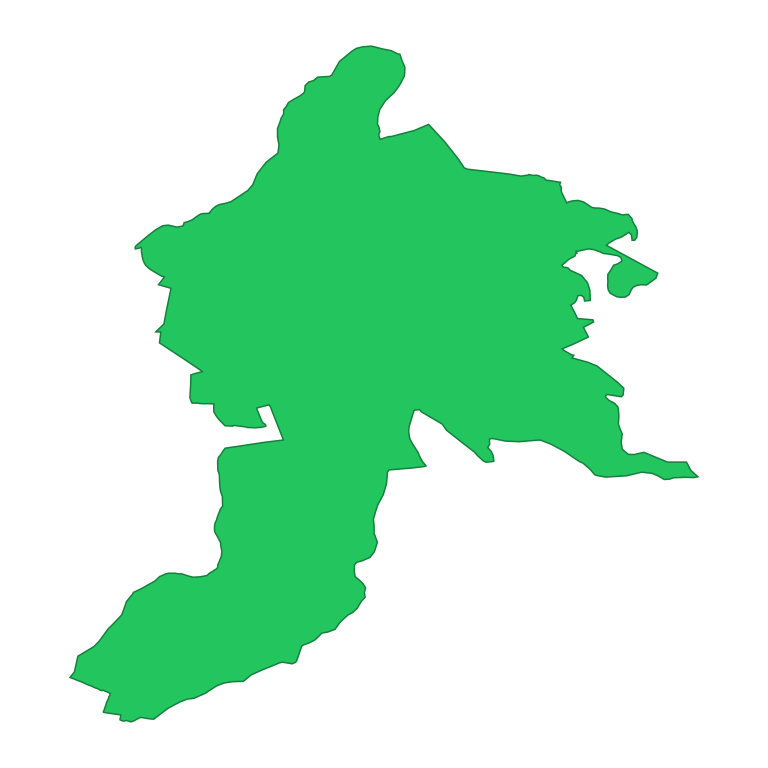 the district of Lipova, Arad, Romania
{"feature_id": "2599482B25282375738521", "entity_name": "Lipova", "entity_type": "district", "adm_level": 2, "iso_a3": "ROU", "parent_name": "Romania", "parent_adm1": "Arad", "projection": "natural_earth1", "projection_center": [21.695, 46.061], "detail": "fine", "context": "isolated", "style": "filled", "palette": "green", "viewbox_px": 768, "rotation_deg": 0, "n_neighbors": 0, "source": "geoboundaries", "source_scale": "gbopen_adm2", "svg_char_len": 6092}
<svg xmlns="http://www.w3.org/2000/svg" viewBox="0 0 768 768"><path d="M153.8,719.2L156.4,717.1L168.3,708.1L179.6,702.1L187.2,699.1L194.0,698.3L205.2,693.3L216.9,685.7L224.2,683.0L232.3,681.7L243.5,681.3L251.3,674.8L263.0,669.6L279.7,662.8L282.5,662.2L292.1,663.8L295.5,662.4L296.7,660.8L301.8,646.0L303.5,644.9L308.7,643.1L314.8,640.1L320.3,634.8L321.8,633.1L327.9,632.0L335.1,629.3L339.5,623.0L342.6,619.9L347.8,615.1L352.6,612.5L357.1,608.5L361.2,601.5L365.1,597.4L364.4,592.5L365.6,587.8L363.1,583.8L360.1,580.8L355.1,576.5L354.3,571.5L354.5,564.9L356.7,562.3L362.8,560.6L370.1,557.3L374.4,551.7L377.4,542.3L374.1,533.2L374.1,526.1L373.4,519.4L375.7,511.2L377.7,505.1L383.2,494.9L386.5,483.9L387.5,472.0L389.2,469.9L412.2,468.0L424.4,466.5L426.0,465.8L422.6,461.7L419.3,455.7L417.9,452.2L412.1,443.1L410.2,439.3L409.5,437.3L408.7,431.3L409.1,426.6L414.1,410.2L419.6,409.6L421.6,412.0L442.1,424.0L446.7,430.4L462.9,443.2L474.8,452.4L477.9,456.0L483.3,460.9L486.1,462.2L493.2,461.5L493.9,461.1L493.1,455.4L491.4,451.7L487.7,447.4L489.7,444.3L489.4,439.2L491.3,438.6L493.6,438.7L505.6,441.1L519.2,441.7L538.2,440.1L540.4,440.1L550.6,444.0L564.3,451.3L574.4,458.2L579.5,461.6L582.9,463.1L590.3,469.5L594.8,474.8L597.7,475.7L605.7,477.1L626.5,475.8L641.6,472.2L651.8,473.3L657.4,475.5L664.2,479.5L669.8,479.1L673.4,477.8L685.7,477.3L693.4,477.6L698.0,476.8L690.9,470.4L686.5,462.1L667.5,462.1L643.8,452.3L634.5,454.5L628.3,454.4L622.3,449.3L621.1,442.0L621.8,437.6L622.2,433.9L619.8,428.2L618.4,424.1L618.9,415.8L618.5,411.0L617.9,406.9L614.7,403.4L608.7,400.2L605.8,397.3L605.6,395.6L607.3,394.5L621.4,396.8L623.2,394.9L623.8,388.2L617.4,382.2L597.2,366.1L587.6,362.2L571.9,357.9L573.8,355.3L571.4,354.7L564.8,351.0L562.2,348.8L573.2,344.2L588.4,337.0L583.4,327.3L593.6,322.0L592.9,319.8L577.5,318.6L575.0,313.1L570.8,305.2L574.8,302.6L576.5,300.0L577.8,295.8L581.2,295.3L583.8,297.2L584.3,299.6L584.6,301.0L590.3,300.5L589.9,290.5L588.9,287.0L587.5,282.8L581.6,275.5L569.9,270.1L568.4,268.2L566.2,267.4L564.3,267.4L562.6,266.5L562.0,265.1L564.6,263.1L568.1,259.9L569.9,258.7L574.9,256.1L576.1,252.9L576.9,253.1L576.8,252.8L576.1,252.5L576.1,251.3L578.0,251.2L586.8,249.2L589.9,249.0L593.9,249.7L600.6,252.1L603.6,253.5L607.9,254.0L617.4,255.6L620.7,257.3L621.9,260.4L621.3,261.5L617.6,263.9L613.6,265.2L610.9,269.9L607.9,274.3L607.7,277.8L607.9,281.3L607.7,284.5L607.7,286.2L608.2,289.8L610.1,293.1L613.6,295.1L616.8,296.8L620.7,297.3L625.5,297.0L629.2,294.5L631.3,289.8L633.0,287.3L636.7,285.5L640.8,284.7L646.5,285.0L655.9,278.2L657.8,273.2L606.4,245.3L609.2,242.9L615.6,239.1L621.4,237.1L628.9,232.4L631.4,234.9L632.1,240.3L634.8,240.2L636.8,237.2L637.3,232.7L637.1,230.2L635.6,226.3L634.0,224.0L632.4,220.8L631.9,218.4L629.5,215.9L628.4,214.5L626.2,214.4L622.4,215.0L618.5,213.6L611.6,212.0L609.6,211.3L606.5,209.8L604.7,209.1L602.3,208.6L599.1,208.1L594.9,208.0L592.7,207.6L591.1,207.0L584.5,202.5L583.1,201.8L578.0,200.4L572.2,200.9L568.9,201.8L566.7,202.9L562.0,193.1L561.2,191.0L561.3,187.6L561.1,186.8L560.0,185.4L559.7,184.7L560.5,182.3L549.2,180.5L546.3,180.2L543.9,177.9L540.6,176.8L539.0,175.8L536.6,175.2L532.6,175.4L528.9,174.5L527.9,175.1L520.9,176.1L510.0,174.2L467.0,169.1L464.2,167.8L458.2,158.8L444.2,141.2L428.6,124.4L414.2,130.5L390.9,136.6L388.9,136.5L380.1,139.4L378.9,135.7L379.0,133.3L379.9,132.0L379.1,127.6L378.1,125.3L377.5,124.5L377.8,117.3L379.8,109.4L385.5,100.6L394.1,92.7L399.8,84.9L404.3,76.1L404.7,73.2L404.9,67.2L402.3,61.4L399.8,54.1L397.7,53.9L391.4,50.7L382.3,48.9L371.5,46.1L362.8,46.8L356.3,48.4L352.0,51.1L339.5,61.4L332.0,74.6L329.7,76.4L317.7,77.1L313.5,80.6L308.7,82.0L305.1,85.6L304.7,91.2L303.8,92.9L300.6,95.5L294.3,99.0L288.4,102.6L286.1,106.8L283.6,109.6L283.6,114.1L281.1,118.3L279.9,122.2L277.5,128.7L277.5,136.8L279.0,145.2L277.9,153.1L266.2,162.2L257.3,173.6L252.8,184.6L247.8,190.5L230.8,201.8L225.6,203.3L220.1,204.4L217.9,205.2L215.8,206.3L212.0,209.5L210.0,212.3L209.6,212.3L209.5,213.3L203.9,213.5L201.2,213.9L199.6,214.6L194.9,217.7L192.4,219.7L187.5,221.8L184.1,222.6L184.1,223.0L183.1,225.7L182.1,226.1L177.0,227.1L168.2,225.1L162.9,225.7L156.2,229.4L148.1,235.6L136.4,245.4L135.2,246.8L135.3,248.9L138.4,248.3L141.1,247.4L141.6,249.9L141.3,250.6L142.2,256.3L142.8,259.1L144.3,263.1L145.6,265.2L148.6,268.1L151.3,270.1L161.8,276.3L164.1,276.7L164.4,276.9L158.5,284.7L171.0,288.3L166.4,310.5L163.9,324.0L156.1,331.5L155.8,331.9L160.8,332.0L159.5,342.9L186.6,360.8L202.1,371.3L202.3,371.7L195.5,373.4L190.9,374.9L190.7,383.9L189.9,397.3L190.1,398.5L191.8,402.9L192.2,403.1L198.5,403.1L199.4,403.5L204.9,403.8L206.0,403.6L213.9,403.9L213.7,409.4L213.9,412.0L216.0,415.6L218.7,419.3L225.1,425.8L232.8,426.1L233.4,425.6L234.9,425.5L245.5,426.9L247.5,427.5L254.5,427.8L260.8,427.4L265.8,426.3L265.5,424.5L263.2,423.1L261.8,421.1L258.4,412.6L256.7,408.8L256.8,408.0L269.0,404.9L270.3,406.6L283.4,440.0L265.3,442.2L225.2,448.2L223.4,450.4L221.0,454.3L218.4,457.4L217.6,461.7L217.9,470.9L218.8,472.7L219.4,475.6L219.5,481.6L220.0,488.1L220.7,491.9L222.4,496.6L222.5,502.8L222.7,506.0L220.3,509.3L217.7,516.0L216.4,520.3L215.0,523.3L214.5,526.2L214.5,530.4L215.0,532.4L217.9,537.4L220.6,542.8L220.8,545.8L221.9,551.7L221.3,556.3L218.8,562.6L218.0,564.3L217.5,567.7L216.5,568.8L208.8,573.7L207.1,575.5L200.1,576.8L193.1,577.2L188.4,576.0L181.2,573.7L178.9,573.9L174.8,573.2L168.4,573.2L165.2,574.1L159.6,576.6L154.9,581.0L141.8,588.4L133.4,592.4L132.4,594.4L126.5,601.5L124.5,607.4L121.7,614.9L113.5,623.6L108.3,628.7L99.4,640.9L93.9,646.6L77.9,656.2L74.4,671.9L70.0,677.5L74.9,679.3L77.8,680.6L78.4,680.7L81.8,682.0L87.4,684.6L92.0,686.3L93.0,686.9L95.5,688.0L98.4,688.9L99.7,689.9L100.5,690.4L102.0,690.6L102.7,690.0L105.3,691.3L107.4,692.0L110.4,693.8L110.5,693.9L110.3,694.4L108.9,696.6L108.7,697.8L108.1,699.3L107.5,700.1L107.5,700.9L106.7,702.1L105.7,705.7L105.0,707.1L104.5,709.0L103.3,711.9L103.8,712.4L108.7,713.2L120.8,714.9L120.0,719.8L121.7,720.6L123.9,721.1L126.6,720.5L131.1,721.9L131.4,721.6L133.4,721.1L139.0,718.1L140.5,717.5L142.0,717.6L149.1,718.8L153.8,719.2Z" fill="#22c55e" stroke="#15803d" stroke-width="1.5"/></svg>